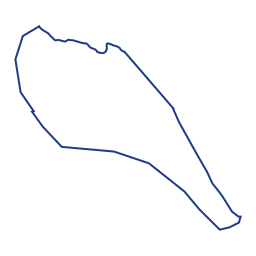 the district of Riche Fond/La Belle Vie, Dennery, Saint Lucia
{"feature_id": "8701671B59677117664850", "entity_name": "Riche Fond/La Belle Vie", "entity_type": "district", "adm_level": 2, "iso_a3": "LCA", "parent_name": "Saint Lucia", "parent_adm1": "Dennery", "projection": "equal_earth", "projection_center": [-60.929, 13.937], "detail": "fine", "context": "isolated", "style": "outline", "palette": "blue", "viewbox_px": 256, "rotation_deg": 0, "n_neighbors": 0, "source": "geoboundaries", "source_scale": "gbopen_adm2", "svg_char_len": 1359}
<svg xmlns="http://www.w3.org/2000/svg" viewBox="0 0 256 256"><path d="M173.4,108.5L127.6,55.4L124.6,51.9L124.1,51.7L123.5,51.4L123.3,51.4L122.7,51.1L122.3,50.9L121.5,50.4L121.0,49.8L120.6,49.4L119.7,48.0L119.1,47.7L118.8,47.5L118.0,46.8L116.9,46.5L116.3,46.2L114.7,45.6L114.0,45.6L113.1,45.3L112.2,44.8L111.0,44.3L108.7,43.6L108.3,43.5L107.7,43.4L107.1,43.7L106.8,44.1L106.7,44.6L106.6,45.9L106.7,46.9L106.8,47.3L106.8,48.7L106.6,49.8L106.1,50.7L105.7,51.6L105.1,52.0L104.8,52.2L103.5,53.0L103.0,53.1L102.6,53.1L102.1,53.1L101.3,53.0L99.5,52.7L98.4,52.2L97.4,52.1L96.6,50.8L95.5,49.6L94.7,49.3L93.7,48.9L91.2,47.9L90.0,47.2L88.6,45.6L87.8,44.6L86.3,43.5L85.3,43.4L83.3,43.2L81.1,42.7L75.5,41.0L74.0,40.5L68.2,39.8L65.6,41.4L65.2,41.5L64.7,41.5L58.7,40.0L58.3,40.0L56.8,40.1L56.2,40.3L55.3,40.3L54.4,39.7L52.4,37.7L50.7,36.3L49.7,34.9L48.0,33.2L46.8,32.5L46.5,32.2L46.2,32.1L44.8,31.3L43.6,30.6L41.8,29.3L40.8,28.4L39.6,27.3L39.2,26.3L30.1,31.7L22.9,36.0L22.6,36.8L15.4,59.4L20.6,92.2L33.7,111.2L32.0,111.7L42.7,126.6L59.6,144.6L61.8,146.9L106.8,150.9L114.1,151.6L148.9,163.3L184.3,191.4L199.4,209.4L219.8,229.7L229.6,227.3L238.9,222.6L240.6,216.6L238.5,216.6L236.4,215.0L232.0,211.6L221.8,195.4L219.2,192.0L212.5,183.5L206.9,171.6L201.9,163.0L195.8,152.3L179.1,122.3L174.0,110.7L173.1,108.7L173.4,108.5Z" fill="none" stroke="#1e3a8a" stroke-width="2"/></svg>